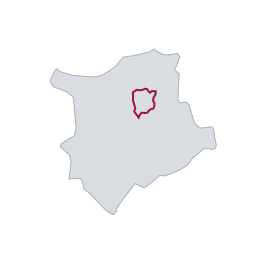 location of Klina within Kosovo, rotated 109°
{"feature_id": "KOS-5888", "entity_name": "Klina", "entity_type": "District", "adm_level": 1, "iso_a3": "XKX", "parent_name": "Kosovo", "parent_adm1": "", "projection": "natural_earth1", "projection_center": [20.583, 42.6], "detail": "fine", "context": "in_parent", "style": "outline", "palette": "rose", "viewbox_px": 256, "rotation_deg": 109, "n_neighbors": 0, "source": "natural_earth", "source_scale": "10m", "svg_char_len": 1358}
<svg xmlns="http://www.w3.org/2000/svg" viewBox="0 0 256 256"><g transform="rotate(109 128 128)"><path d="M73.0,93.6L85.5,89.8L87.3,87.1L84.5,81.4L86.1,77.8L101.1,67.5L103.6,62.8L104.5,59.1L102.5,55.3L99.7,49.2L101.0,46.6L108.8,43.1L115.1,39.0L118.8,38.7L121.1,41.7L121.1,44.7L123.2,49.8L127.9,52.6L135.6,57.1L144.6,60.2L151.6,66.3L161.2,77.4L162.7,82.8L171.4,87.7L179.4,93.2L178.2,103.3L205.6,112.2L211.8,112.1L214.7,113.7L214.6,116.0L212.5,123.1L201.3,145.0L200.4,149.5L192.4,154.3L191.3,157.0L193.6,163.0L195.7,167.3L195.6,167.2L178.3,170.8L172.5,174.9L169.1,182.2L168.0,185.9L164.9,186.1L159.8,182.3L153.4,176.5L145.1,176.9L116.7,189.7L113.9,196.4L113.3,210.9L111.3,214.8L108.3,217.3L96.5,215.7L95.3,214.8L96.8,209.2L96.2,197.0L90.9,176.9L87.1,170.3L79.4,163.8L73.3,159.5L62.5,155.7L57.0,144.6L48.7,132.1L44.7,129.2L45.4,128.0L47.3,118.5L44.9,111.6L41.3,105.8L43.8,102.2L51.4,102.3L57.7,102.9L60.0,97.3L73.0,93.6Z" fill="#d9dde1" stroke="#a8b0b8" stroke-width="1"/><path d="M101.1,110.2L103.4,113.1L105.4,114.2L107.1,114.5L108.4,117.1L109.0,120.0L112.4,121.3L114.7,121.3L110.4,127.5L107.0,127.5L100.4,132.2L95.5,133.8L92.8,135.0L89.0,132.1L88.5,129.1L87.4,126.9L85.4,124.9L85.1,122.6L86.6,120.7L87.4,118.7L85.4,117.4L84.3,113.8L87.4,112.9L90.8,113.8L94.1,113.2L95.7,111.2L98.5,110.3L101.1,110.2Z" fill="none" stroke="#9f1239" stroke-width="2"/></g></svg>